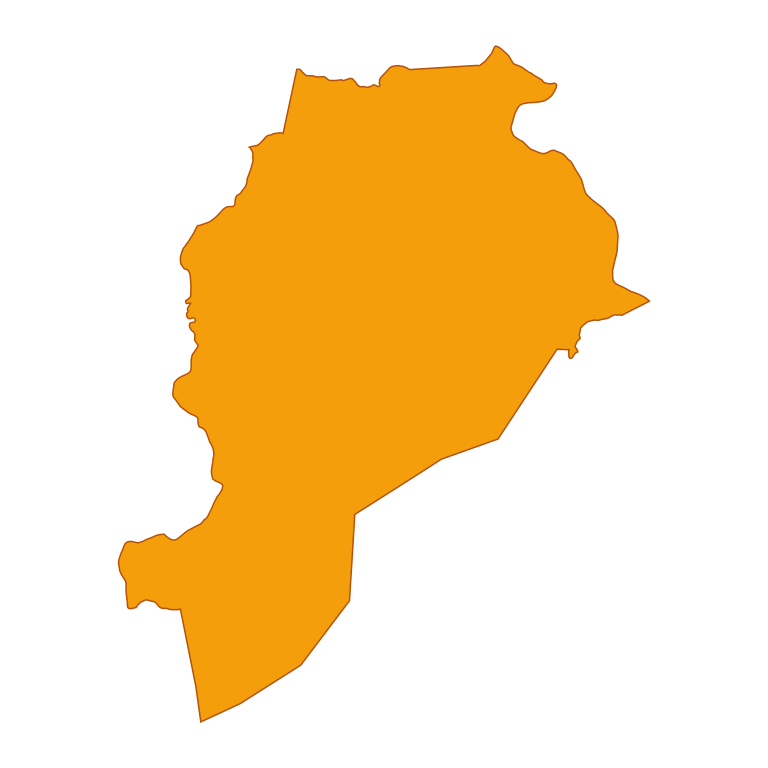 the district of El Corpus, Choluteca, Honduras
{"feature_id": "27666195B38689641379995", "entity_name": "El Corpus", "entity_type": "district", "adm_level": 2, "iso_a3": "HND", "parent_name": "Honduras", "parent_adm1": "Choluteca", "projection": "albers", "projection_center": [-87.027, 13.288], "detail": "fine", "context": "isolated", "style": "filled", "palette": "amber", "viewbox_px": 768, "rotation_deg": 0, "n_neighbors": 0, "source": "geoboundaries", "source_scale": "gbopen_adm2", "svg_char_len": 6030}
<svg xmlns="http://www.w3.org/2000/svg" viewBox="0 0 768 768"><path d="M249.3,147.2L250.4,148.0L251.3,149.9L252.3,151.3L252.7,152.3L252.9,154.7L252.8,158.1L253.1,160.0L252.8,162.0L250.5,170.1L247.2,178.8L247.0,179.7L247.0,182.1L245.5,186.5L241.3,191.9L240.6,193.3L236.9,195.6L236.4,196.3L235.8,197.5L235.4,199.0L235.0,201.8L234.9,204.3L234.5,205.3L233.8,206.0L232.9,206.5L228.3,206.6L226.9,207.0L225.6,207.6L224.3,208.4L223.0,209.6L216.7,216.3L213.4,219.1L210.6,221.2L208.9,222.1L206.0,223.2L199.5,225.4L197.9,225.6L197.5,225.9L196.5,227.5L193.5,233.5L192.6,234.9L188.4,241.6L186.5,243.9L185.1,246.3L183.8,247.7L183.1,248.9L182.0,251.5L180.4,257.2L180.4,261.1L181.0,264.0L183.9,268.4L184.6,268.9L187.1,269.6L188.2,270.5L189.4,272.6L190.2,275.5L191.0,285.8L190.7,295.8L190.4,296.8L190.0,297.4L188.4,298.9L186.1,300.4L185.7,300.9L185.6,301.7L185.9,302.8L186.5,303.6L190.4,303.1L190.6,303.2L190.0,304.4L188.0,307.4L187.5,308.7L187.4,309.8L188.0,310.8L188.1,311.5L187.9,312.0L187.1,312.7L186.8,313.3L186.6,314.2L186.7,315.4L186.9,316.5L187.3,317.4L187.8,318.1L188.5,318.4L189.3,318.7L190.2,318.7L192.3,318.0L193.5,317.9L194.6,318.3L195.1,319.0L195.4,320.4L195.0,321.8L194.3,322.1L190.9,322.8L190.3,323.0L189.9,323.5L189.5,324.2L189.4,325.7L189.8,327.5L191.1,329.7L191.7,330.5L193.4,331.8L194.6,333.5L194.9,334.5L194.7,340.2L195.0,340.8L197.9,345.1L198.1,345.6L197.7,346.6L196.7,348.4L192.6,354.3L191.9,356.1L191.2,359.8L191.1,367.7L190.9,369.7L190.5,371.0L188.6,373.2L181.7,376.4L178.5,378.2L176.7,379.8L174.9,381.9L174.2,383.0L173.9,384.7L172.9,392.1L172.9,395.3L173.3,396.5L173.9,397.7L175.9,400.2L180.5,406.7L188.9,413.0L195.5,416.1L197.0,417.2L197.7,418.1L198.0,419.1L197.9,421.8L198.1,423.4L198.4,424.9L198.9,426.2L199.3,426.7L199.9,427.1L202.6,428.2L203.9,429.1L205.0,430.4L206.3,432.4L208.6,438.6L209.6,441.7L210.7,443.3L213.1,448.6L213.5,450.6L213.8,453.8L213.7,456.3L213.0,459.0L212.9,461.9L212.3,464.8L211.4,470.9L211.6,473.7L212.3,477.2L213.0,479.2L213.4,479.6L214.2,479.9L215.6,481.0L220.4,483.1L222.1,484.3L222.6,485.1L222.7,486.2L222.2,488.8L221.5,490.4L220.1,492.8L218.9,494.7L217.4,496.3L216.8,497.5L213.9,503.0L212.1,507.5L207.6,516.6L206.1,518.6L204.4,519.5L202.6,521.9L200.6,523.9L188.0,530.4L184.8,532.8L180.1,536.8L176.9,539.1L175.3,539.9L174.0,540.0L172.6,539.9L171.3,539.5L169.8,538.8L166.6,536.7L164.2,534.2L161.2,534.4L158.9,535.0L158.1,534.9L156.4,535.4L150.0,538.2L146.5,539.4L143.0,541.3L139.2,542.6L137.6,542.8L131.2,541.4L128.9,541.5L127.4,542.0L126.3,542.6L125.2,543.7L124.0,545.9L122.9,549.1L121.0,553.4L120.1,555.9L119.1,559.1L118.6,561.3L118.6,562.8L119.1,566.8L119.7,570.3L120.1,571.8L121.5,574.6L125.3,580.7L125.8,582.0L126.1,583.7L126.0,588.7L126.2,593.2L126.7,597.5L127.2,600.6L127.5,606.1L127.8,607.4L128.4,608.1L129.2,608.5L130.8,608.7L134.5,607.9L136.0,607.5L136.5,607.0L137.2,605.9L138.3,604.5L140.5,602.3L144.8,600.3L145.9,599.9L146.5,599.9L153.6,601.6L154.8,602.1L155.7,602.7L159.6,607.1L161.8,608.2L167.1,608.5L168.9,609.2L171.5,609.6L176.3,609.7L178.6,609.5L180.4,609.1L195.9,686.6L200.8,721.9L240.0,703.7L300.8,665.1L349.5,600.7L354.8,514.4L409.5,479.7L441.5,459.1L498.0,439.0L557.0,349.3L569.2,349.7L568.6,351.4L568.8,353.3L568.8,356.0L569.3,357.6L569.9,358.2L570.4,358.4L571.4,358.2L572.4,357.4L572.9,356.8L574.3,354.4L575.6,352.9L576.4,352.3L577.3,352.4L577.6,352.2L577.8,351.4L577.5,350.5L576.9,349.2L575.5,347.5L575.1,346.7L575.0,346.2L577.0,341.7L578.4,340.0L579.7,339.0L580.0,338.5L580.1,338.0L580.0,337.3L579.2,335.3L580.1,331.1L580.3,329.2L580.9,327.7L582.8,325.6L587.1,322.1L587.9,321.7L589.1,321.3L594.1,320.1L598.7,320.3L602.4,319.2L606.4,318.7L608.4,318.0L610.9,316.5L613.2,315.3L614.8,314.8L615.7,314.8L617.0,315.1L619.7,314.9L621.8,315.3L649.4,301.2L647.8,299.7L645.0,297.5L642.3,296.0L638.6,294.2L630.6,291.3L625.0,288.2L616.6,284.2L615.2,283.2L613.6,281.1L613.0,279.5L612.7,277.9L612.6,270.4L613.7,265.4L616.6,253.5L617.2,250.3L617.3,246.5L618.0,237.1L617.9,234.4L617.3,231.3L615.9,225.2L614.9,221.7L614.3,220.4L613.3,219.1L607.0,213.1L605.0,210.5L602.8,208.2L600.1,206.0L594.1,201.4L591.5,199.3L588.4,196.4L586.2,194.0L585.5,192.8L584.5,190.2L581.5,179.5L578.6,174.5L575.2,169.1L572.4,163.9L571.0,161.8L570.2,161.0L568.2,159.4L565.1,156.0L563.0,154.1L560.5,152.8L556.0,151.1L554.4,150.3L553.1,150.3L551.1,150.7L550.1,151.0L548.2,152.2L546.7,152.8L544.7,153.5L543.0,153.6L540.3,153.1L531.4,149.5L530.4,148.9L528.6,147.5L522.7,141.5L519.3,139.9L514.9,136.8L513.4,135.4L512.7,134.0L511.3,130.0L511.0,128.1L511.0,127.2L514.7,114.1L517.1,109.0L518.1,107.4L519.0,106.1L519.8,105.3L520.8,104.7L522.2,104.0L523.6,103.6L528.2,102.8L535.2,102.4L539.4,101.9L543.0,101.2L544.5,100.7L545.6,100.2L548.1,98.6L550.4,96.8L551.6,95.6L552.9,93.8L554.5,91.2L556.1,87.7L556.6,85.7L556.6,84.9L556.4,84.4L555.5,83.6L554.5,83.2L553.5,83.3L551.6,83.8L550.2,83.9L547.0,83.4L544.6,82.8L543.3,81.9L542.2,80.3L541.5,79.7L533.5,75.0L531.4,73.3L528.3,71.9L521.5,67.0L517.2,65.2L513.8,63.9L513.4,63.5L512.3,61.9L509.0,56.4L507.2,54.2L500.6,48.4L498.9,47.3L496.9,46.4L495.6,46.1L495.0,46.5L493.6,48.9L491.8,53.1L490.1,55.3L484.9,61.6L483.1,62.8L480.2,65.2L479.2,65.6L478.0,65.7L476.9,65.4L409.6,69.6L406.3,67.7L402.8,66.3L400.7,66.1L398.7,65.7L397.0,65.7L394.3,66.0L392.4,66.4L390.8,67.1L389.4,68.2L387.5,70.5L381.2,77.0L380.2,78.3L379.8,79.1L379.3,83.0L379.4,83.8L379.8,85.0L379.8,85.6L379.5,86.2L378.6,86.5L377.3,86.3L375.2,85.2L373.5,84.8L372.8,85.1L371.9,85.9L371.2,86.3L368.0,87.2L366.4,87.3L364.7,86.7L362.8,86.6L361.7,86.6L360.7,87.0L360.4,87.0L357.8,85.3L355.3,81.9L353.2,79.6L352.1,78.7L351.2,78.4L349.8,78.5L343.4,80.6L343.0,80.6L342.2,80.0L340.5,79.9L335.7,80.5L329.8,80.5L327.8,79.5L325.7,77.6L323.7,76.7L317.2,77.0L315.9,76.8L314.1,76.1L313.1,75.9L306.9,75.7L306.0,75.4L304.3,74.0L302.2,71.9L300.4,69.6L299.1,69.3L296.8,69.3L283.1,133.5L281.6,133.0L280.5,132.8L273.9,133.6L273.2,133.8L271.9,134.5L270.9,134.9L267.9,135.5L266.9,136.1L265.8,137.0L261.6,141.8L259.7,143.7L258.3,144.7L257.0,145.4L255.7,145.8L252.4,146.3L249.3,147.2Z" fill="#f59e0b" stroke="#b45309" stroke-width="1.5"/></svg>